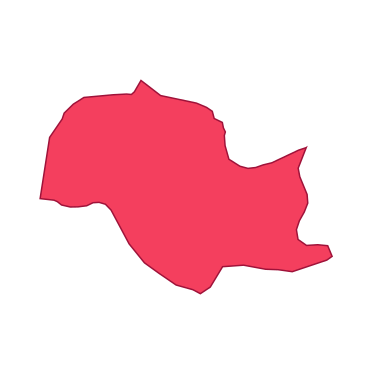 an SVG outline of Krško, rotated 283°
{"feature_id": "SVN-958", "entity_name": "Krško", "entity_type": "Statistical Region", "adm_level": 1, "iso_a3": "SVN", "parent_name": "Slovenia", "parent_adm1": "", "projection": "robinson", "projection_center": [15.476, 45.922], "detail": "fine", "context": "isolated", "style": "filled", "palette": "rose", "viewbox_px": 384, "rotation_deg": 283, "n_neighbors": 0, "source": "natural_earth", "source_scale": "10m", "svg_char_len": 958}
<svg xmlns="http://www.w3.org/2000/svg" viewBox="0 0 384 384"><g transform="rotate(283 192 192)"><path d="M261.0,293.3L239.1,290.1L231.1,293.6L215.5,304.7L207.2,307.3L197.7,305.9L188.2,303.1L178.8,302.2L169.6,306.0L165.7,315.6L168.9,326.4L170.2,336.3L160.8,343.0L160.5,342.7L156.0,338.7L136.9,307.6L135.7,293.5L133.3,281.1L132.3,258.7L126.1,238.6L103.5,231.2L94.8,223.0L97.0,214.9L97.8,197.4L105.2,178.5L112.3,161.6L127.3,142.4L156.2,117.2L160.6,110.4L161.0,103.8L159.3,98.0L154.9,92.5L151.9,84.3L150.0,76.7L150.0,67.8L152.3,63.0L153.0,59.4L151.4,45.5L213.2,41.0L233.9,49.1L240.1,49.7L250.9,56.6L259.8,65.4L269.0,93.3L272.7,106.2L273.4,111.0L276.6,113.3L289.2,117.2L278.9,139.7L279.6,176.4L277.7,187.2L275.2,193.6L268.6,197.1L266.6,205.9L261.5,208.2L258.0,211.0L254.3,210.8L244.6,213.8L232.2,220.6L227.9,232.9L227.6,241.2L230.2,248.6L234.4,255.2L238.4,263.2L256.8,286.5L260.8,293.1L261.0,293.3Z" fill="#f43f5e" stroke="#9f1239" stroke-width="1.5"/></g></svg>